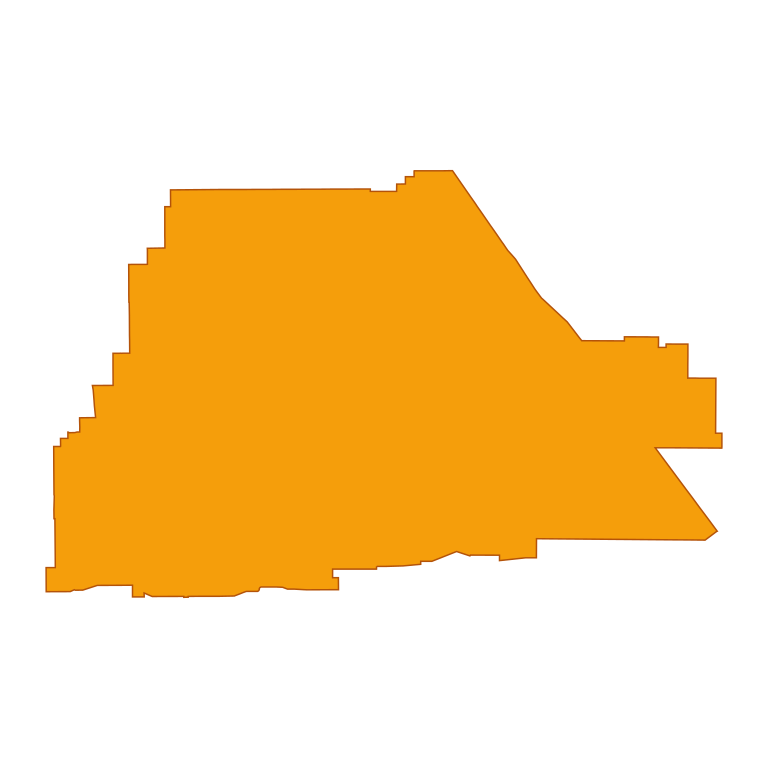 Narembeen, Western Australia, Australia (Albers equal-area conic projection)
{"feature_id": "25037944B21858000962433", "entity_name": "Narembeen", "entity_type": "district", "adm_level": 2, "iso_a3": "AUS", "parent_name": "Australia", "parent_adm1": "Western Australia", "projection": "albers", "projection_center": [118.572, -32.022], "detail": "fine", "context": "isolated", "style": "filled", "palette": "amber", "viewbox_px": 768, "rotation_deg": 0, "n_neighbors": 0, "source": "geoboundaries", "source_scale": "gbopen_adm2", "svg_char_len": 3788}
<svg xmlns="http://www.w3.org/2000/svg" viewBox="0 0 768 768"><path d="M55.2,552.5L55.3,566.9L55.3,567.6L46.1,567.6L46.2,591.7L70.2,591.6L74.4,589.7L75.1,590.2L82.8,590.1L97.3,585.4L120.0,585.3L132.5,585.2L132.5,596.9L135.8,596.9L136.3,596.9L144.2,596.9L144.1,593.0L152.2,596.5L183.8,596.4L183.8,597.3L188.2,597.2L188.2,596.4L188.7,596.4L200.2,596.3L210.7,596.3L219.1,596.3L234.0,596.0L234.4,596.0L235.0,595.7L239.5,594.0L243.5,592.4L245.7,591.6L246.1,591.5L246.4,591.4L251.2,591.4L254.0,591.4L255.1,591.4L256.3,591.4L256.7,591.4L257.0,591.4L257.3,591.4L257.5,591.4L258.0,591.2L258.3,591.0L258.5,590.8L258.7,590.7L258.9,590.4L259.0,590.2L259.1,589.9L259.2,589.7L259.2,589.4L259.3,589.2L259.3,588.8L259.3,588.6L259.4,588.4L259.5,588.2L259.7,587.8L259.8,587.7L260.0,587.5L260.2,587.4L260.4,587.3L260.8,587.1L261.1,587.0L261.3,587.0L261.7,587.0L261.9,587.0L262.4,587.0L263.3,587.0L266.9,587.0L272.7,587.0L276.6,587.0L281.1,587.2L282.7,587.3L283.0,587.4L284.0,587.8L287.5,589.1L287.9,589.1L288.0,589.1L294.1,589.1L302.8,589.6L306.9,589.8L333.2,589.7L338.5,589.7L338.4,577.7L332.6,577.7L332.6,569.1L376.5,569.1L376.6,566.2L376.6,566.3L376.9,566.4L385.5,566.4L403.1,565.9L420.7,564.3L420.7,561.3L423.5,561.3L431.9,561.3L456.6,551.5L463.2,553.7L469.9,555.9L470.1,555.8L470.2,555.6L470.4,555.1L499.5,555.2L499.5,560.6L525.5,557.8L536.4,557.8L536.5,538.7L547.3,538.8L597.7,539.2L669.8,539.8L685.8,539.9L705.1,540.1L716.8,531.3L717.2,531.2L709.4,520.6L698.9,506.6L692.0,497.2L686.7,490.2L655.2,447.8L671.7,447.8L690.3,447.9L705.1,448.0L721.8,448.1L721.9,447.0L721.9,433.2L715.6,433.2L715.9,378.2L699.1,378.2L695.8,378.1L687.8,378.1L687.8,367.7L687.8,367.4L687.8,365.9L687.9,356.0L687.9,344.1L677.2,344.1L666.1,344.0L666.1,347.4L658.4,347.4L658.5,343.0L658.5,337.0L651.6,337.0L651.3,337.0L647.7,336.9L624.4,336.8L624.4,340.9L581.7,340.7L581.5,340.4L579.4,337.8L567.2,321.9L562.3,317.4L550.3,306.2L543.0,299.4L541.5,298.1L536.3,291.1L534.6,288.7L531.0,283.1L527.3,277.5L521.9,269.1L515.6,259.3L511.6,254.7L509.7,252.6L507.8,250.5L505.8,247.6L504.8,246.1L503.8,244.6L501.7,241.7L495.8,233.1L491.8,227.4L490.7,225.9L489.8,224.6L481.2,212.1L477.2,206.4L475.1,203.2L471.0,197.4L460.8,182.7L452.5,170.7L449.1,170.7L442.5,170.8L439.1,170.8L435.1,170.8L431.1,170.8L424.5,170.8L418.5,170.8L416.3,170.8L414.2,170.8L414.1,171.0L414.1,171.8L414.1,173.7L414.1,176.7L405.4,176.7L405.4,184.0L396.7,184.1L396.6,191.4L381.4,191.4L370.5,191.4L370.3,191.4L370.3,189.0L368.5,189.0L362.9,189.0L344.4,189.1L331.9,189.1L319.4,189.2L307.2,189.2L294.9,189.3L282.6,189.3L270.4,189.4L257.8,189.4L245.1,189.5L232.6,189.5L220.2,189.5L207.7,189.6L195.3,189.7L183.0,189.8L182.7,189.8L170.5,189.9L170.6,206.7L167.1,206.7L164.8,206.7L164.8,209.5L164.8,211.5L164.8,214.5L164.8,218.6L164.8,221.7L164.8,223.2L164.8,226.5L164.8,228.3L164.8,229.2L164.8,232.6L164.8,236.1L164.9,239.4L164.9,241.4L164.9,243.7L164.9,248.0L147.3,248.3L147.4,250.0L147.4,261.7L147.4,264.3L146.0,264.4L143.5,264.4L141.4,264.4L137.7,264.4L134.9,264.4L131.8,264.4L129.8,264.5L128.9,264.5L128.7,264.5L128.8,283.9L128.8,293.9L128.9,302.2L129.0,302.2L129.2,302.3L129.4,315.3L129.5,335.6L129.6,340.5L129.7,353.2L127.4,353.2L124.8,353.2L122.9,353.2L121.8,353.3L120.4,353.2L119.1,353.3L116.8,353.3L116.1,353.3L114.7,353.3L113.0,353.3L113.0,354.8L113.0,355.0L113.0,355.3L113.0,355.6L113.0,355.9L113.0,357.9L113.0,360.7L113.0,362.5L113.0,364.6L113.0,365.3L113.1,384.6L113.1,385.4L92.6,385.5L92.4,385.5L93.2,390.0L94.0,400.0L94.4,406.0L95.6,417.6L79.6,417.8L79.6,420.3L79.8,427.1L79.7,432.0L77.1,432.0L74.8,432.6L69.6,432.7L69.6,432.8L69.3,432.8L68.2,432.1L67.9,432.1L67.9,438.4L60.5,438.4L60.6,446.1L60.5,446.5L53.7,446.5L53.8,467.4L54.0,494.8L54.3,495.8L54.0,506.3L53.9,509.7L54.0,518.7L54.9,518.7L55.2,552.5Z" fill="#f59e0b" stroke="#b45309" stroke-width="1.5"/></svg>